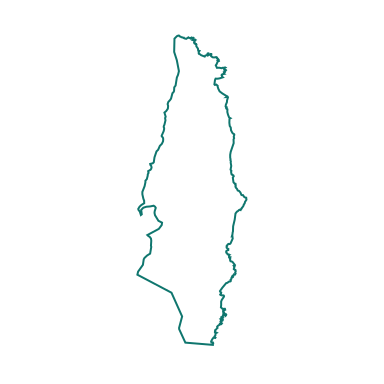 outline of Fomboni, Moûhîlî, Comoros, rotated 63°
{"feature_id": "10938185B23268545061954", "entity_name": "Fomboni", "entity_type": "district", "adm_level": 2, "iso_a3": "COM", "parent_name": "Comoros", "parent_adm1": "Moûhîlî", "projection": "robinson", "projection_center": [43.719, -12.295], "detail": "fine", "context": "isolated", "style": "outline", "palette": "teal", "viewbox_px": 384, "rotation_deg": 63, "n_neighbors": 0, "source": "geoboundaries", "source_scale": "gbopen_adm2", "svg_char_len": 6022}
<svg xmlns="http://www.w3.org/2000/svg" viewBox="0 0 384 384"><g transform="rotate(63 192 192)"><path d="M337.7,242.8L336.6,242.2L336.6,241.9L336.2,241.7L335.7,241.7L335.6,242.3L335.0,242.4L334.8,243.0L333.8,242.8L332.3,240.6L331.5,238.9L331.7,238.3L332.3,238.0L332.6,237.6L332.4,237.2L331.3,237.7L330.9,237.5L330.3,236.2L328.6,235.2L328.6,233.9L328.3,234.1L328.3,234.7L327.9,235.2L327.4,235.3L325.6,234.1L325.5,233.0L324.8,231.8L324.7,231.0L323.4,230.7L323.0,229.7L322.8,228.4L322.8,227.3L322.3,227.1L323.0,226.2L323.2,225.2L322.7,225.9L322.6,225.3L321.9,225.7L321.7,225.3L320.9,225.5L320.9,225.0L320.3,225.2L319.9,224.8L320.1,224.1L319.5,224.2L319.8,223.5L319.1,223.7L319.4,223.3L319.4,222.8L318.9,222.9L318.9,222.5L318.6,222.6L318.4,223.2L317.8,222.9L317.8,222.6L317.4,223.1L316.8,222.7L317.2,221.3L316.6,221.2L316.3,220.8L316.9,218.2L317.5,218.2L317.3,217.7L316.9,217.6L316.8,217.2L316.6,217.2L316.6,217.7L316.4,217.7L316.4,218.3L315.7,218.6L315.5,219.3L314.9,219.6L314.5,219.1L314.5,218.3L314.0,218.5L314.0,218.2L313.5,218.2L313.2,218.5L312.8,218.2L312.5,218.5L312.1,218.4L311.6,217.3L311.7,216.6L312.0,216.4L312.0,215.9L311.5,215.8L311.5,216.3L311.2,216.5L311.1,216.0L310.9,215.9L310.5,216.6L310.5,217.3L310.1,217.8L307.9,218.6L305.9,217.3L302.9,215.8L301.7,214.5L299.8,211.1L299.3,210.7L298.5,210.8L298.0,211.5L297.8,212.2L296.6,213.4L296.1,213.4L295.7,212.3L294.8,211.6L293.6,212.2L293.0,212.1L291.0,208.3L288.7,202.9L289.0,201.7L288.6,200.0L289.1,198.3L288.8,197.7L287.8,197.6L287.3,196.4L286.3,195.7L286.4,194.5L285.6,194.5L285.6,193.6L285.0,193.6L285.0,192.7L284.5,192.1L284.8,191.9L285.1,191.1L284.3,190.1L283.5,190.2L282.3,188.9L281.3,189.1L281.0,188.8L279.8,189.8L279.6,189.8L278.5,188.6L278.0,188.6L277.6,187.9L276.6,188.3L276.5,187.7L276.9,187.2L276.7,186.9L272.9,187.6L272.0,188.1L271.2,189.1L270.0,189.0L269.4,188.6L268.5,188.6L268.3,188.4L268.3,187.9L268.0,187.7L267.6,187.9L267.5,188.5L267.2,188.5L267.1,188.0L266.7,188.5L265.5,187.8L265.1,187.9L265.0,187.3L264.6,187.7L264.3,187.6L263.6,188.6L262.4,188.6L261.6,189.0L260.3,188.4L260.0,187.1L260.2,186.1L259.6,185.8L259.3,185.5L257.6,186.4L256.6,186.2L256.0,185.2L255.6,185.3L254.9,183.7L254.8,183.1L255.5,182.0L255.3,181.0L252.0,176.9L249.6,176.0L249.5,176.5L248.0,175.1L246.7,174.3L245.7,173.4L241.2,170.9L236.0,166.5L230.9,163.0L229.9,160.9L229.8,159.5L229.4,158.3L229.4,157.7L230.0,157.1L229.7,156.9L229.8,156.4L229.5,156.3L229.3,155.2L228.9,155.0L228.1,153.1L227.4,152.1L226.7,151.6L226.1,150.3L224.9,149.3L223.6,147.0L221.7,146.3L221.3,146.9L220.2,147.7L217.9,148.0L217.5,148.9L217.0,149.3L214.4,149.1L212.4,149.6L211.4,150.6L209.5,150.5L208.3,150.9L207.0,150.9L206.5,150.2L205.3,150.2L204.8,149.5L204.4,149.5L204.2,150.0L203.5,150.3L202.1,150.6L197.7,149.1L196.9,147.7L196.4,147.8L196.3,147.6L195.9,147.6L195.3,148.2L194.8,148.2L194.4,148.7L193.9,148.7L191.7,148.0L191.1,147.3L189.6,147.5L186.6,145.2L183.4,144.2L182.2,143.4L180.9,143.3L180.4,142.8L178.8,142.4L176.2,141.1L173.8,139.3L167.4,132.7L164.0,131.1L163.1,130.0L161.8,129.8L160.2,128.3L159.6,128.2L158.6,128.9L157.5,129.2L154.7,129.2L152.1,128.2L150.3,128.4L147.3,127.3L144.2,125.6L143.7,125.1L143.7,124.3L143.4,124.5L143.4,124.9L142.3,125.1L139.3,124.8L136.7,124.2L134.6,123.0L134.2,122.9L133.7,123.4L133.0,123.1L132.8,123.3L132.5,122.9L132.3,123.3L132.2,123.3L132.0,122.8L131.0,123.2L129.6,122.2L127.8,120.1L126.3,119.2L123.9,116.9L123.6,117.0L123.1,118.1L123.0,117.4L122.7,117.2L121.6,118.0L118.0,120.2L114.9,121.7L112.0,121.7L109.7,121.3L109.0,120.9L107.3,121.6L107.0,123.0L106.3,123.2L102.7,120.7L101.7,119.5L102.7,117.7L103.3,115.7L103.8,112.5L102.9,112.9L102.5,112.5L101.3,112.6L101.0,112.2L100.9,111.5L101.4,109.7L100.8,110.0L100.3,109.5L100.2,108.7L99.6,108.9L99.5,107.8L98.9,106.4L98.6,106.5L97.7,107.8L96.4,107.3L96.3,105.8L96.0,106.0L95.9,107.2L95.3,108.0L95.2,109.3L93.6,111.4L92.7,113.4L89.9,113.3L89.3,112.1L87.5,110.0L87.5,109.0L86.5,109.4L86.5,108.2L86.2,108.2L85.7,108.3L85.7,108.8L85.2,108.9L84.7,108.6L84.3,108.7L84.0,109.0L83.6,108.7L83.0,108.9L82.6,109.6L82.4,110.6L81.6,112.2L80.4,113.0L79.5,113.3L78.8,112.7L78.4,113.2L78.2,113.1L78.2,112.4L77.8,112.2L77.6,112.5L77.6,113.5L77.4,113.5L77.6,116.0L77.2,116.1L76.2,115.3L76.2,114.9L75.8,114.6L75.7,114.8L75.7,115.2L76.8,116.5L76.5,118.3L77.1,119.2L74.2,121.8L72.0,122.8L71.9,123.1L71.2,123.0L70.5,122.5L69.7,121.3L68.9,122.3L66.9,121.6L64.2,122.0L62.8,121.4L62.6,121.1L62.0,121.1L61.7,121.7L61.0,121.7L60.8,122.3L59.9,122.4L58.4,121.0L58.5,120.5L58.0,120.3L58.0,119.9L57.6,120.1L57.9,121.4L56.6,122.7L55.5,120.7L55.1,120.9L55.1,121.9L54.9,122.3L54.2,122.3L54.2,122.9L54.5,123.7L53.7,124.0L53.1,125.0L52.6,125.1L52.9,127.6L51.7,129.0L50.9,129.2L50.9,129.6L49.9,130.3L49.3,131.2L48.3,131.7L47.7,132.4L46.8,132.5L46.4,133.1L46.3,134.7L47.4,138.0L59.1,144.3L67.7,145.7L78.4,148.8L81.3,151.3L83.1,153.5L89.7,158.3L90.7,160.3L93.8,162.1L94.6,163.1L95.1,164.6L99.3,168.3L100.1,169.8L101.0,172.2L102.6,173.8L104.5,174.2L106.8,175.7L108.2,178.3L108.7,180.5L113.0,181.3L113.9,182.4L116.1,183.1L119.5,186.0L120.4,187.1L121.2,187.7L122.4,187.8L123.6,188.5L125.0,189.7L128.1,193.5L128.7,193.7L129.9,193.3L130.9,193.3L132.1,193.8L133.7,194.8L135.4,197.0L136.3,199.7L139.0,203.0L139.7,205.2L144.1,209.7L148.2,212.6L148.6,214.0L148.0,216.5L149.0,216.8L150.1,216.5L151.6,216.8L152.7,217.7L153.3,218.7L153.5,220.6L153.4,221.4L154.1,221.9L155.2,222.0L156.2,223.4L157.4,224.1L160.0,226.4L160.8,228.4L162.2,229.1L165.3,231.6L169.4,236.2L171.6,237.3L176.0,238.4L178.0,238.6L180.3,239.7L180.6,243.1L181.3,245.4L182.7,247.6L183.7,247.8L185.8,247.4L189.3,248.0L189.1,246.9L184.9,245.4L183.9,242.5L184.4,239.4L185.9,235.7L186.8,232.4L188.3,231.6L189.7,231.5L192.1,233.9L193.6,234.9L195.9,235.5L202.4,235.0L205.7,232.6L207.7,234.0L209.8,238.3L210.1,251.3L211.6,250.8L212.6,250.1L214.8,249.7L216.9,250.4L221.3,253.0L222.4,253.2L227.9,257.3L228.2,260.8L229.2,264.3L230.1,265.6L234.6,268.8L238.5,276.2L240.9,278.2L272.4,256.0L298.4,257.3L307.2,265.2L308.4,265.7L323.2,266.3L337.7,242.8Z" fill="none" stroke="#0f766e" stroke-width="2"/></g></svg>